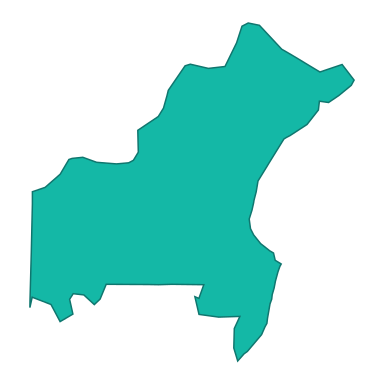 St. Louis, Missouri, United States of America (orthographic projection)
{"feature_id": "52423323B93973889783850", "entity_name": "St. Louis", "entity_type": "district", "adm_level": 2, "iso_a3": "USA", "parent_name": "United States of America", "parent_adm1": "Missouri", "projection": "orthographic", "projection_center": [-90.401, 38.639], "detail": "fine", "context": "isolated", "style": "filled", "palette": "teal", "viewbox_px": 384, "rotation_deg": 0, "n_neighbors": 0, "source": "geoboundaries", "source_scale": "gbopen_adm2", "svg_char_len": 1295}
<svg xmlns="http://www.w3.org/2000/svg" viewBox="0 0 384 384"><path d="M29.9,307.6L32.2,297.2L51.0,304.5L60.1,321.6L72.9,314.1L69.6,299.3L73.2,293.7L83.8,294.9L94.3,304.6L100.1,299.1L106.2,284.3L146.2,284.5L147.5,284.5L158.6,284.7L171.8,284.3L203.8,284.7L198.9,298.4L194.9,296.7L199.0,314.4L218.7,317.1L239.9,316.4L234.3,328.5L233.8,348.0L237.7,361.0L244.1,353.8L247.4,351.4L261.6,334.6L265.0,326.8L266.9,323.4L267.5,318.3L269.3,308.0L270.0,303.9L271.7,299.2L272.2,294.7L274.1,288.1L274.8,284.5L275.4,281.3L278.0,271.7L279.9,266.4L281.2,264.0L275.2,260.3L273.5,253.0L269.4,250.6L269.2,250.4L260.6,243.6L253.7,235.0L250.5,228.7L249.2,219.0L249.4,218.4L252.0,210.1L253.6,202.9L254.0,200.3L256.2,191.8L258.0,181.0L267.1,166.2L268.6,163.7L277.2,149.8L283.9,139.0L286.5,137.4L290.0,135.6L307.0,124.5L318.4,110.0L319.4,101.2L328.6,102.5L328.7,102.4L339.0,95.4L351.3,85.3L354.1,80.1L342.1,64.5L319.9,72.0L291.9,55.1L281.7,49.2L259.4,25.3L248.2,23.0L242.0,26.2L236.6,42.8L225.0,66.5L208.4,68.4L190.3,64.2L185.1,65.8L168.3,90.3L167.0,95.6L163.5,108.1L158.3,116.5L137.8,130.3L138.3,152.2L133.4,160.3L128.7,162.8L116.5,163.9L96.6,162.3L82.8,157.3L72.1,158.4L68.9,159.5L60.2,174.2L45.1,187.4L32.4,191.7L32.4,203.7L31.3,252.3L30.0,300.5L29.9,307.6Z" fill="#14b8a6" stroke="#0f766e" stroke-width="1.5"/></svg>